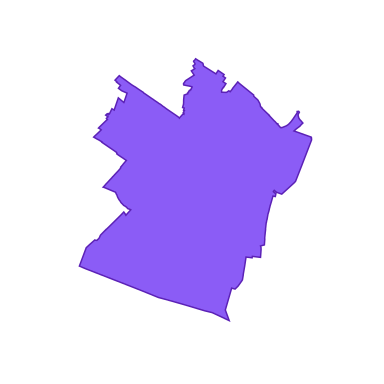 Westland, Zuid-Holland, Netherlands (orthographic projection), rotated 251°
{"feature_id": "6326949B68142534510044", "entity_name": "Westland", "entity_type": "district", "adm_level": 2, "iso_a3": "NLD", "parent_name": "Netherlands", "parent_adm1": "Zuid-Holland", "projection": "orthographic", "projection_center": [4.25, 52.001], "detail": "fine", "context": "isolated", "style": "filled", "palette": "violet", "viewbox_px": 384, "rotation_deg": 251, "n_neighbors": 0, "source": "geoboundaries", "source_scale": "gbopen_adm2", "svg_char_len": 5665}
<svg xmlns="http://www.w3.org/2000/svg" viewBox="0 0 384 384"><g transform="rotate(251 192 192)"><path d="M158.6,61.4L154.1,66.4L120.4,106.1L109.6,118.6L103.2,125.9L99.3,131.7L89.6,145.7L75.5,165.4L71.4,171.8L58.3,185.3L69.6,185.1L88.2,198.2L86.2,201.1L87.9,204.7L88.0,204.9L91.7,210.1L92.3,210.8L92.4,211.0L92.9,211.3L96.4,213.2L97.9,213.9L104.8,217.7L112.9,221.9L111.6,224.6L110.2,227.4L111.5,228.1L107.9,235.5L109.5,236.2L114.9,238.5L117.1,239.2L118.1,239.2L118.7,239.2L118.4,243.2L124.0,245.6L124.5,245.6L129.7,248.0L132.6,249.4L132.9,249.4L137.8,251.7L138.7,252.1L138.8,252.3L141.3,253.7L141.4,253.9L142.1,254.3L145.2,256.0L146.3,256.6L147.8,257.7L148.8,258.4L150.2,259.3L151.6,260.1L151.8,260.3L153.4,261.3L157.0,263.9L161.8,267.2L160.6,269.3L161.4,269.8L162.4,270.4L162.5,270.4L163.2,270.8L163.4,270.5L163.7,270.3L164.0,270.1L165.8,269.0L166.0,269.1L166.4,269.7L166.8,270.3L164.3,271.8L160.8,276.1L160.8,276.3L167.5,291.8L168.4,293.4L180.4,303.6L180.5,303.7L202.4,322.1L204.9,322.3L204.7,322.6L205.1,322.6L216.5,308.3L216.9,309.2L217.8,311.4L218.7,314.2L218.8,314.6L219.2,315.7L219.5,316.1L219.9,316.8L220.2,317.3L220.3,317.6L220.4,317.8L220.9,318.9L221.1,319.3L222.1,318.9L223.9,318.2L225.4,317.5L225.8,317.4L226.7,317.2L227.3,317.1L228.1,317.1L228.9,317.2L229.4,317.2L230.1,317.4L230.6,317.5L230.9,317.8L232.5,319.5L233.6,319.1L233.9,317.6L232.7,317.3L228.0,311.1L227.7,310.6L226.7,309.2L225.9,307.9L225.3,306.7L224.8,305.8L224.3,304.5L224.1,303.8L223.8,302.2L223.6,298.1L224.0,297.1L223.9,297.0L224.1,296.7L227.6,295.2L228.3,295.5L228.6,295.3L228.4,294.9L228.5,294.7L231.7,293.4L232.5,292.9L236.5,291.1L239.4,289.8L239.5,290.0L242.1,288.6L247.6,285.8L249.1,285.2L249.2,285.4L250.5,284.6L251.8,284.8L252.9,284.9L253.8,284.9L254.8,284.7L256.7,284.4L257.6,284.2L258.2,283.9L262.1,281.7L262.4,281.6L263.6,281.9L279.6,271.9L280.8,271.4L281.2,271.1L280.9,270.7L276.6,263.9L276.2,263.7L274.4,260.7L275.7,259.8L275.0,257.2L275.0,256.9L276.7,252.5L278.6,253.1L279.9,254.5L280.8,255.8L280.6,255.9L283.4,259.4L286.2,257.2L288.9,260.8L291.4,259.0L292.6,260.6L298.4,256.3L295.9,253.1L307.2,244.0L307.5,243.9L309.9,244.2L310.3,244.1L313.7,241.3L314.6,240.5L316.8,238.8L315.8,237.5L315.3,236.2L315.0,236.0L314.9,236.0L312.7,236.6L312.4,236.6L311.6,236.2L311.1,234.1L310.8,234.0L308.1,234.6L307.7,234.8L307.4,233.5L307.3,233.4L306.8,230.8L301.8,232.1L299.5,222.7L299.3,222.1L298.8,221.4L298.6,221.0L298.4,220.9L298.1,220.7L297.9,220.4L297.8,220.1L297.7,219.7L297.4,219.4L297.1,219.2L296.7,219.1L295.9,219.0L294.7,221.0L293.0,224.0L292.4,224.9L291.6,226.1L291.3,226.3L291.0,226.0L290.3,225.4L289.8,224.9L289.6,224.6L289.2,224.3L289.1,224.2L289.3,223.9L288.6,223.1L288.9,222.6L288.4,222.0L287.9,221.3L287.6,221.3L287.0,220.0L286.3,220.0L286.3,219.3L286.2,216.1L281.9,214.1L281.3,213.9L279.7,213.3L279.0,213.1L278.4,212.8L277.8,212.5L277.6,212.5L277.3,212.2L276.1,211.4L274.9,210.6L273.9,212.0L272.0,210.6L271.5,211.3L269.8,209.5L269.1,210.1L268.2,209.6L268.7,209.1L268.2,208.0L267.2,206.2L266.3,204.4L266.0,204.2L266.8,203.7L267.5,203.4L267.9,203.1L269.2,202.2L279.0,194.9L281.7,193.1L282.5,192.4L282.9,192.2L283.8,191.6L284.2,191.4L285.6,190.4L286.1,189.9L286.4,189.6L286.9,189.3L287.1,189.2L287.4,188.9L287.8,188.7L288.3,188.3L290.8,186.4L291.0,186.2L291.6,185.9L292.0,185.6L293.0,184.8L296.4,182.3L300.2,179.5L300.7,179.1L301.0,178.8L301.2,178.7L302.0,178.4L302.3,178.2L302.9,177.8L303.4,177.3L304.3,176.7L305.4,175.8L306.6,174.9L308.8,173.3L310.0,172.4L311.1,171.4L313.4,169.6L315.7,168.0L317.0,167.1L318.8,165.9L319.7,165.3L320.2,164.9L324.1,162.1L325.7,161.1L322.8,155.6L320.6,156.8L320.4,156.5L316.1,159.2L314.0,156.2L310.7,158.4L306.6,162.8L299.1,157.0L298.8,156.7L305.0,153.0L295.1,145.3L294.8,145.1L296.4,143.7L296.8,143.4L293.7,140.3L292.7,139.3L293.3,138.7L293.0,138.3L292.5,137.9L293.6,137.5L293.6,137.2L293.2,136.4L292.8,135.4L291.8,136.1L291.0,136.6L290.7,136.8L290.4,137.0L289.5,135.0L288.1,135.5L288.1,135.4L286.9,132.8L285.4,129.6L283.2,124.9L283.2,125.0L282.9,124.4L282.4,124.9L280.3,126.4L279.2,124.1L277.4,120.1L276.5,118.1L275.9,116.9L272.9,119.5L271.9,120.5L269.3,122.7L269.2,122.8L268.9,123.0L268.9,122.9L268.6,122.8L267.6,123.5L262.9,127.0L260.2,129.0L257.4,131.1L253.9,133.6L253.5,133.5L253.0,133.5L252.5,133.6L252.4,133.4L250.9,134.4L250.4,134.8L248.4,136.3L246.5,137.8L246.3,137.9L244.7,139.1L243.2,140.2L242.7,139.3L242.3,138.6L241.6,137.4L241.1,136.5L240.0,134.9L239.5,133.9L239.2,133.6L238.9,132.9L238.8,132.7L238.6,132.5L238.3,132.5L238.2,132.5L238.0,132.4L237.9,132.3L237.7,132.1L237.2,131.2L236.1,129.3L235.6,128.4L235.0,127.2L234.3,125.9L234.1,125.6L233.7,124.7L233.2,123.9L232.3,122.2L232.2,121.8L232.1,121.7L231.7,121.2L231.3,120.3L231.1,120.1L230.8,119.4L230.5,118.8L228.2,114.6L227.8,113.7L227.1,112.5L226.6,111.7L226.1,110.8L225.8,110.2L225.5,109.6L225.0,110.3L224.3,111.1L216.7,119.6L215.8,119.7L215.4,119.7L215.0,119.7L214.5,119.8L213.9,120.0L213.0,120.0L211.6,120.0L210.8,120.1L210.1,120.2L209.8,120.3L209.4,120.3L207.8,120.7L207.1,121.0L206.7,121.1L205.6,121.3L205.3,121.4L204.4,121.7L204.2,121.8L203.8,122.1L203.0,122.4L202.2,122.8L201.6,123.0L201.4,123.2L201.1,123.5L200.6,123.9L200.3,124.2L199.4,124.8L198.9,125.2L198.6,125.3L198.0,125.5L197.1,125.9L196.8,126.3L196.3,127.0L195.7,127.8L195.1,128.3L192.8,124.1L191.9,122.5L191.5,121.9L192.1,121.7L192.5,121.7L193.1,121.7L193.4,121.6L193.7,121.5L195.3,121.0L193.2,116.9L186.0,101.9L185.5,100.8L184.2,98.0L184.3,98.0L182.8,95.0L182.1,93.6L181.6,92.6L181.1,91.6L180.6,91.0L179.9,90.4L179.0,89.6L178.1,88.3L178.1,88.2L177.7,87.2L177.2,86.3L177.8,85.0L178.3,84.5L177.1,81.6L175.7,78.2L174.5,75.5L173.8,73.9L158.6,61.4Z" fill="#8b5cf6" stroke="#5b21b6" stroke-width="1.5"/></g></svg>